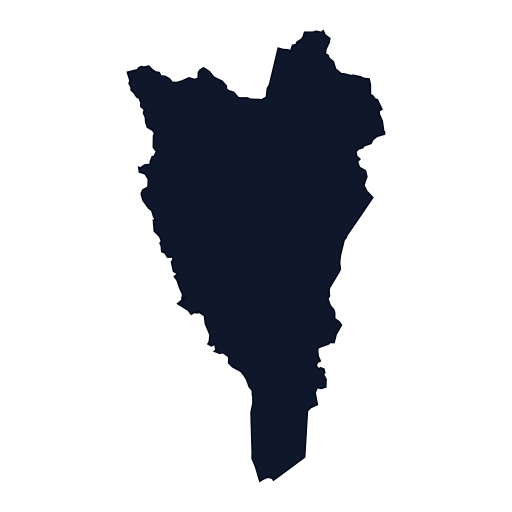 outline of Yauco, Puerto Rico
{"feature_id": "32010507B94179162407819", "entity_name": "Yauco", "entity_type": "district", "adm_level": 2, "iso_a3": "PRI", "parent_name": "Puerto Rico", "parent_adm1": "", "projection": "mercator", "projection_center": [-66.863, 18.063], "detail": "fine", "context": "isolated", "style": "filled", "palette": "ink", "viewbox_px": 512, "rotation_deg": 0, "n_neighbors": 0, "source": "geoboundaries", "source_scale": "gbopen_adm2", "svg_char_len": 2921}
<svg xmlns="http://www.w3.org/2000/svg" viewBox="0 0 512 512"><path d="M127.3,72.2L130.0,80.7L129.0,83.4L131.1,87.2L131.0,90.0L134.1,93.0L136.7,97.0L139.2,98.3L140.9,102.6L140.8,106.5L144.4,109.7L143.4,113.0L145.3,117.2L145.7,122.5L147.4,127.3L152.6,130.3L154.7,133.3L153.5,135.7L153.3,147.4L156.5,151.6L153.9,156.5L152.2,156.7L150.1,162.1L150.6,164.2L144.6,165.0L140.3,168.0L138.7,167.3L139.4,172.1L140.4,172.4L145.0,173.8L148.3,179.1L148.0,187.0L142.8,189.9L141.1,193.8L143.0,200.4L148.6,208.1L151.7,210.5L153.7,217.0L155.7,219.6L153.3,220.2L154.3,231.2L159.6,236.5L161.4,240.9L160.0,243.3L161.3,246.2L161.7,251.6L165.1,253.1L167.4,257.1L172.6,257.1L173.2,259.4L171.4,262.0L173.5,271.4L177.9,273.9L174.3,276.5L177.2,280.5L179.3,287.1L182.7,294.6L181.9,298.4L184.2,298.1L177.6,303.7L188.1,310.2L191.2,314.3L194.1,312.5L197.8,312.9L197.3,311.0L204.4,315.7L205.3,323.7L210.0,334.9L209.3,341.5L207.9,344.0L211.4,345.9L214.8,344.2L215.9,349.6L214.3,351.3L219.9,353.4L222.9,352.6L227.2,355.7L228.7,356.7L228.8,359.6L228.5,362.9L232.6,366.9L239.8,370.8L241.1,371.7L244.0,375.3L246.7,379.8L249.2,386.9L252.3,390.5L252.5,395.9L252.9,396.5L252.9,403.5L251.0,412.5L252.2,453.6L252.0,458.3L255.5,466.7L259.8,481.3L262.5,479.5L266.8,477.6L267.7,477.2L271.9,478.1L273.5,480.2L304.7,457.1L307.2,414.9L307.5,410.8L310.6,407.7L317.4,404.6L315.1,392.6L317.3,387.6L320.9,388.5L325.8,387.1L326.1,379.3L323.4,374.4L324.8,372.7L324.0,369.1L320.5,367.7L318.9,369.0L316.1,365.8L317.5,362.4L320.3,361.0L318.1,356.0L317.6,349.2L318.6,347.6L328.6,344.0L330.1,342.5L334.1,342.6L336.2,334.2L341.5,325.1L339.3,321.9L334.7,318.6L334.7,312.7L333.9,310.0L330.3,305.6L327.9,298.8L329.5,295.9L329.0,289.7L329.8,287.4L339.0,272.0L340.4,269.2L339.6,262.3L340.5,255.0L344.3,239.6L345.9,238.1L347.1,235.1L350.3,230.5L359.0,217.8L360.2,216.1L372.8,197.5L366.8,191.2L363.9,185.2L366.9,176.6L365.5,170.7L359.4,167.3L357.4,161.5L359.9,159.2L356.6,156.0L356.0,151.6L358.5,149.0L362.9,147.7L363.7,146.0L370.9,143.5L373.0,139.6L377.0,136.4L384.5,134.2L384.7,132.4L383.7,130.9L382.3,121.0L379.2,113.9L379.3,110.7L382.0,109.3L377.4,99.7L375.3,99.2L372.5,95.5L370.5,94.8L370.4,84.5L369.1,78.9L363.9,78.4L360.5,76.8L353.4,75.2L351.0,75.6L343.6,73.7L341.4,73.8L335.6,69.0L333.4,61.7L329.1,58.2L328.1,55.4L325.3,53.6L326.1,48.9L329.1,42.5L329.8,38.4L325.1,34.9L323.2,30.7L321.3,32.4L316.3,31.2L313.0,32.2L304.6,32.2L303.0,37.1L301.2,39.4L296.9,42.1L296.2,44.5L292.5,45.3L290.3,51.9L288.5,49.8L283.2,49.5L278.2,48.1L269.4,84.9L267.4,88.2L266.3,97.2L261.6,99.8L259.3,99.5L250.8,99.3L247.4,97.9L238.5,97.9L233.6,92.2L228.5,90.7L226.4,88.9L226.4,86.0L222.1,81.2L213.8,77.1L209.5,71.7L203.6,67.8L199.9,70.1L198.4,72.4L198.1,78.3L194.5,79.5L189.1,77.8L182.1,80.9L177.2,82.4L172.2,82.4L169.5,78.8L164.9,76.2L160.9,76.1L159.2,72.5L155.6,71.9L152.1,69.5L148.8,66.0L144.0,67.1L141.3,66.5L138.7,67.8L137.4,69.7L127.3,72.2Z" fill="#0f172a" stroke="#020617" stroke-width="1.5"/></svg>